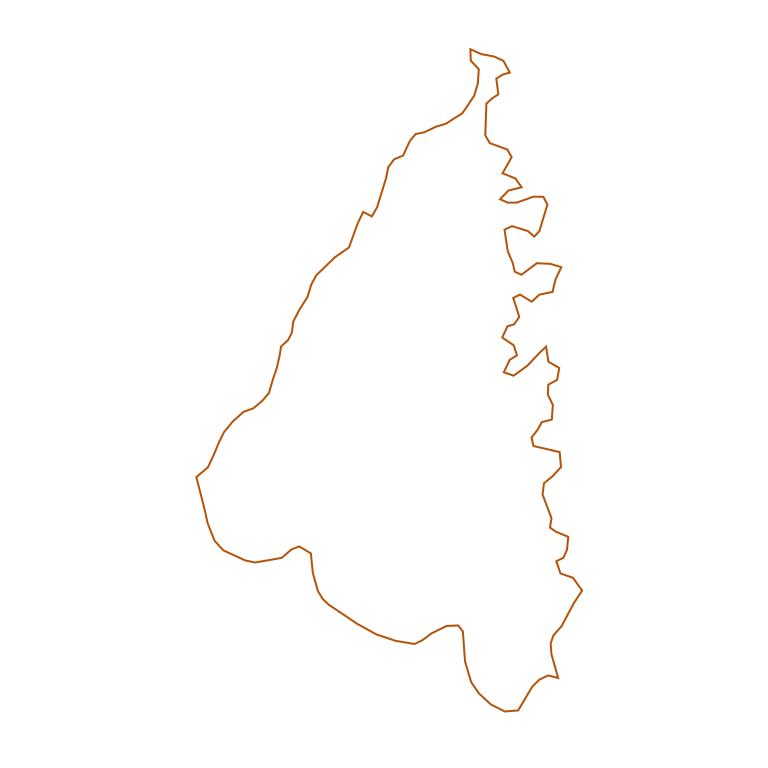 Porto Vitória, Paraná, Brazil (Equal Earth projection), rotated 178°
{"feature_id": "56859067B38089005339285", "entity_name": "Porto Vitória", "entity_type": "district", "adm_level": 2, "iso_a3": "BRA", "parent_name": "Brazil", "parent_adm1": "Paraná", "projection": "equal_earth", "projection_center": [-51.239, -26.241], "detail": "fine", "context": "isolated", "style": "outline", "palette": "amber", "viewbox_px": 768, "rotation_deg": 178, "n_neighbors": 0, "source": "geoboundaries", "source_scale": "gbopen_adm2", "svg_char_len": 2125}
<svg xmlns="http://www.w3.org/2000/svg" viewBox="0 0 768 768"><g transform="rotate(178 384 384)"><path d="M208.3,393.9L218.9,400.5L220.7,415.7L227.2,410.0L240.2,397.2L254.1,387.8L263.9,391.5L257.5,403.8L250.1,408.0L253.0,418.1L264.2,426.3L258.6,437.3L251.9,439.1L246.5,446.3L249.1,456.0L251.9,465.5L244.9,468.6L233.5,461.1L225.6,467.9L212.4,470.1L209.0,482.4L202.7,494.6L213.7,498.3L227.0,499.4L242.8,488.4L249.4,491.7L251.2,500.7L255.7,512.4L258.2,534.0L250.5,537.3L234.8,531.8L228.7,526.1L223.4,531.3L214.4,557.6L218.2,565.5L227.9,566.0L244.9,560.7L253.9,560.9L261.5,564.6L253.0,573.0L239.6,575.8L245.6,584.9L258.2,590.4L248.5,606.3L252.6,614.0L269.8,621.0L274.1,629.0L271.9,660.5L266.0,665.7L259.6,669.5L261.1,685.3L254.4,689.1L247.4,690.9L253.4,702.8L262.4,707.4L275.2,710.3L286.0,715.5L286.0,704.1L278.3,695.3L279.7,681.2L283.8,669.0L290.2,660.0L296.5,651.6L305.0,646.8L312.9,642.0L323.2,639.3L334.8,634.2L343.6,632.7L349.6,626.1L357.0,611.6L366.1,608.2L372.3,600.3L374.5,590.4L378.4,579.1L384.7,560.9L390.3,551.9L398.8,556.7L404.7,545.4L414.2,521.7L428.6,512.4L447.9,495.0L453.3,485.7L457.4,473.7L465.9,461.3L472.6,449.4L474.2,438.6L478.5,431.1L485.6,425.0L487.2,416.4L490.5,404.0L495.0,392.1L499.3,379.0L506.3,371.4L515.2,364.4L525.3,361.1L536.5,351.8L545.7,341.3L551.3,330.9L556.3,319.7L562.9,306.9L574.8,297.5L567.8,265.6L565.1,251.0L558.8,233.2L550.3,223.3L528.8,212.5L518.9,210.1L492.2,213.8L482.3,221.9L474.4,224.6L463.0,217.3L461.7,197.5L457.2,179.2L452.6,171.1L447.0,165.4L419.2,145.3L400.2,133.9L381.3,126.9L362.5,123.1L354.9,126.4L345.4,133.0L329.9,140.0L318.3,140.1L313.8,133.9L312.7,103.9L307.3,83.1L299.9,71.4L288.4,60.0L274.7,52.5L261.3,53.1L246.5,76.2L239.1,83.1L230.1,87.0L220.2,84.1L226.1,108.1L226.5,118.9L223.4,126.9L214.9,135.9L202.0,158.3L193.2,170.6L201.9,183.7L214.2,188.5L218.0,200.8L210.8,204.1L206.9,212.0L205.2,224.8L217.5,230.5L223.1,234.7L221.3,244.0L229.4,268.0L227.6,279.2L218.9,285.8L210.0,294.8L210.8,309.8L236.8,316.8L238.4,325.4L232.1,332.9L227.6,340.4L217.5,342.6L216.0,357.2L220.6,367.7L219.8,377.6L210.8,382.2L208.3,393.9Z" fill="none" stroke="#b45309" stroke-width="2"/></g></svg>